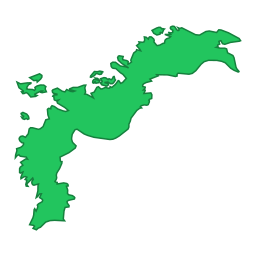 an SVG outline of Ostrobothnia
{"feature_id": "FIN-3182", "entity_name": "Ostrobothnia", "entity_type": "Province", "adm_level": 1, "iso_a3": "FIN", "parent_name": "Finland", "parent_adm1": "", "projection": "natural_earth1", "projection_center": [22.043, 62.87], "detail": "fine", "context": "isolated", "style": "filled", "palette": "green", "viewbox_px": 256, "rotation_deg": 0, "n_neighbors": 0, "source": "natural_earth", "source_scale": "10m", "svg_char_len": 5552}
<svg xmlns="http://www.w3.org/2000/svg" viewBox="0 0 256 256"><path d="M36.4,229.8L33.0,228.4L34.5,226.2L33.3,225.3L29.6,224.7L33.0,217.6L33.7,214.9L34.1,209.7L34.7,208.7L36.1,211.1L37.5,207.9L37.8,206.3L37.3,205.1L38.5,203.8L42.2,201.7L42.7,200.2L42.0,199.1L39.6,197.6L41.4,193.8L39.6,193.9L37.6,196.6L36.2,197.6L37.9,190.8L38.0,185.7L38.5,184.0L33.9,185.2L32.7,184.7L32.0,183.6L31.8,182.2L32.2,180.8L33.3,179.5L32.7,178.0L27.1,183.6L26.9,184.7L28.0,186.3L26.2,186.1L25.8,184.4L26.9,180.2L25.1,179.5L26.9,177.2L25.5,176.6L23.9,176.8L21.0,178.7L20.9,177.3L22.9,172.0L20.3,173.1L19.6,172.6L19.6,168.6L20.3,167.1L22.9,165.2L20.6,162.3L25.8,158.9L27.6,159.2L26.3,157.1L20.2,156.2L18.9,154.7L16.9,155.8L15.4,157.7L15.6,155.0L16.9,150.7L16.6,148.7L20.6,147.4L22.6,145.9L23.6,144.2L23.5,143.0L21.8,142.7L19.8,140.8L19.1,138.9L19.6,137.4L20.9,136.3L22.8,136.0L25.5,137.3L28.3,133.7L29.2,128.9L30.6,127.7L32.7,127.8L38.4,129.3L40.2,128.8L43.1,126.6L45.8,119.8L49.3,118.8L47.9,114.9L47.4,109.4L47.7,109.0L48.7,108.3L50.8,108.8L50.9,107.1L52.0,105.7L54.4,106.5L57.9,109.0L63.1,110.9L65.7,111.5L68.4,110.5L64.8,107.5L57.5,103.1L57.0,101.6L58.6,100.0L56.3,100.6L55.2,100.4L54.2,99.7L53.8,96.5L52.8,96.3L53.4,95.1L56.9,94.8L56.9,94.1L53.6,93.3L52.6,92.5L52.2,90.7L52.9,89.8L57.4,88.1L62.2,91.2L64.9,91.9L66.7,89.5L70.6,91.4L73.0,91.7L74.8,91.0L69.6,89.5L69.6,88.9L73.1,87.4L77.7,87.4L83.7,85.2L85.8,85.1L84.8,87.8L85.6,92.0L84.7,94.1L86.7,94.3L93.4,97.9L91.0,93.3L94.2,92.1L96.8,87.4L98.4,86.7L100.8,88.9L102.1,88.9L105.5,87.4L108.2,88.2L109.5,88.1L109.9,87.8L110.1,86.6L111.9,87.4L115.4,84.4L118.2,80.6L118.8,80.6L120.7,83.4L122.6,82.5L126.3,78.4L122.9,74.3L120.5,72.8L115.9,68.6L113.1,68.3L112.1,67.7L111.2,66.5L110.8,63.5L112.7,62.2L115.5,62.3L120.4,66.0L125.7,66.8L128.6,67.9L121.6,63.3L118.3,60.3L117.6,57.5L118.4,56.1L119.4,55.8L123.2,56.5L122.6,58.7L122.8,59.7L126.8,60.6L128.2,61.5L128.0,64.2L129.1,63.7L131.5,62.0L130.8,60.2L131.1,59.3L133.7,53.0L136.3,51.0L136.6,49.7L140.7,50.8L140.0,49.5L136.6,45.6L139.5,43.3L138.9,41.9L142.5,42.3L144.0,41.9L144.7,40.0L144.3,36.9L146.3,37.3L148.3,39.1L149.0,37.4L149.8,36.8L151.5,37.0L153.8,39.1L154.2,40.4L153.9,41.9L156.5,45.1L157.1,45.6L159.8,45.1L162.9,43.4L164.5,43.1L164.9,40.8L165.4,39.7L166.7,38.7L169.4,37.8L170.6,36.7L164.8,34.4L170.6,34.4L168.3,32.2L170.5,32.9L172.6,32.5L172.9,30.3L171.1,29.4L170.3,28.2L170.6,27.0L172.3,26.2L174.0,26.3L175.0,27.1L176.6,29.6L178.0,30.6L178.9,30.3L179.0,29.2L178.0,27.7L179.7,28.4L181.8,27.8L195.5,34.7L199.5,35.1L205.9,31.5L209.3,31.0L216.6,32.5L218.8,29.8L221.1,30.0L228.5,32.8L239.1,38.5L240.6,40.7L239.4,41.2L230.5,42.4L224.8,44.3L222.5,43.7L220.9,40.7L220.6,40.7L218.9,41.4L219.7,44.1L217.8,44.9L217.6,45.2L218.0,46.6L216.3,47.3L220.3,48.2L224.8,48.2L226.6,48.9L227.6,52.8L232.9,55.5L234.0,57.7L236.0,67.2L237.0,69.1L239.0,71.4L238.7,71.9L238.1,72.0L234.1,70.3L230.8,68.3L225.3,62.8L221.7,61.3L216.9,60.4L208.5,60.3L204.1,61.7L201.1,64.2L195.8,70.7L192.3,73.4L189.0,74.2L178.1,73.2L177.0,74.4L177.1,76.0L175.4,76.5L167.8,74.9L156.8,74.7L158.1,75.9L149.9,79.1L151.6,81.1L146.2,82.5L143.5,83.9L142.7,85.0L142.8,86.5L145.2,87.1L145.2,87.9L143.3,90.0L145.1,90.0L145.2,90.5L143.9,93.5L150.9,92.9L151.9,94.8L151.7,98.5L149.4,99.3L148.8,100.2L149.4,100.8L149.3,102.0L148.2,104.6L146.9,105.2L144.1,104.9L141.2,105.7L140.4,106.7L141.6,107.9L139.8,108.2L136.8,110.4L131.0,118.2L130.3,121.1L128.9,124.2L128.9,127.0L128.1,129.0L119.2,136.0L115.7,138.1L112.9,139.2L109.9,139.5L94.0,137.3L87.6,135.4L84.0,133.9L77.1,129.2L75.0,129.7L72.2,134.4L71.6,138.1L71.7,139.7L72.6,142.4L76.1,145.9L75.2,148.1L68.9,152.7L60.0,157.1L60.4,160.9L60.8,161.6L62.0,161.6L61.8,163.4L59.6,168.5L56.8,173.0L56.3,175.1L56.7,177.9L56.1,179.7L54.9,181.4L55.3,182.0L57.2,182.4L57.1,184.0L63.7,182.9L66.8,183.5L67.9,184.4L68.2,185.9L66.4,186.2L67.7,190.0L67.5,193.5L68.7,194.8L72.4,195.6L74.1,196.8L74.8,197.7L74.4,199.0L68.3,200.4L67.0,201.6L67.3,203.1L69.1,205.6L68.9,206.9L65.1,207.4L64.0,211.0L63.3,219.0L64.6,220.8L54.6,220.3L50.0,220.6L45.7,222.1L40.5,227.2L38.1,228.2L36.4,229.8ZM45.9,86.6L45.3,88.0L45.3,89.4L46.4,91.8L42.1,92.7L41.0,92.4L42.4,91.0L40.9,91.0L34.8,94.1L34.8,94.8L37.1,95.5L35.7,96.4L30.8,97.0L27.8,93.5L26.2,92.6L23.9,93.6L22.7,93.6L21.5,91.8L23.3,91.8L23.3,91.0L19.0,87.7L17.0,82.1L20.5,83.8L27.2,82.9L30.9,82.8L30.9,83.5L28.5,84.7L26.8,87.4L27.1,88.4L26.7,88.9L28.0,89.3L32.6,89.5L34.5,90.4L35.4,89.2L34.9,87.4L37.0,86.0L40.4,85.0L43.8,85.1L45.9,86.6ZM106.9,86.1L101.9,84.9L101.4,84.4L101.7,84.0L100.4,83.1L100.5,82.5L101.8,82.1L102.2,81.4L100.6,78.7L104.0,77.6L105.9,77.9L108.1,79.6L109.0,78.7L111.2,79.7L112.3,78.8L113.4,76.6L114.2,76.5L114.9,79.3L115.5,80.0L113.5,82.9L112.3,83.7L110.5,83.7L107.9,82.0L104.4,82.5L108.1,83.6L108.5,84.8L106.9,86.1ZM162.7,28.6L164.4,29.0L163.8,29.5L162.2,33.1L160.5,32.4L160.1,32.7L160.4,33.5L160.0,34.2L156.9,35.0L153.8,33.3L152.0,30.4L156.7,28.0L158.9,27.3L160.5,27.4L162.0,29.0L162.7,28.6ZM37.2,82.1L36.9,80.3L33.8,80.6L29.7,77.6L39.6,73.8L41.9,75.4L41.9,77.1L40.6,79.1L37.2,82.1ZM27.7,119.4L26.3,118.5L24.3,119.4L22.5,118.6L21.6,117.1L22.8,117.5L23.6,116.2L22.0,115.2L21.3,114.3L21.1,113.4L22.9,112.4L26.7,114.1L28.4,116.2L28.8,117.7L28.9,118.8L27.7,119.4ZM91.1,77.3L90.4,77.1L90.6,76.0L94.4,71.5L97.3,71.7L99.8,71.1L102.8,71.7L102.8,72.0L101.4,72.4L101.9,73.5L101.2,74.2L99.7,74.5L97.0,73.6L95.8,73.8L94.5,75.5L91.1,77.3ZM95.4,78.1L97.5,78.4L99.9,80.5L98.7,82.7L95.9,83.2L95.3,82.8L95.1,81.7L94.5,82.0L93.9,83.2L92.9,82.9L92.6,82.2L92.8,80.9L93.8,79.6L94.9,79.3L97.3,79.9L95.4,78.1Z" fill="#22c55e" stroke="#15803d" stroke-width="1.5"/></svg>